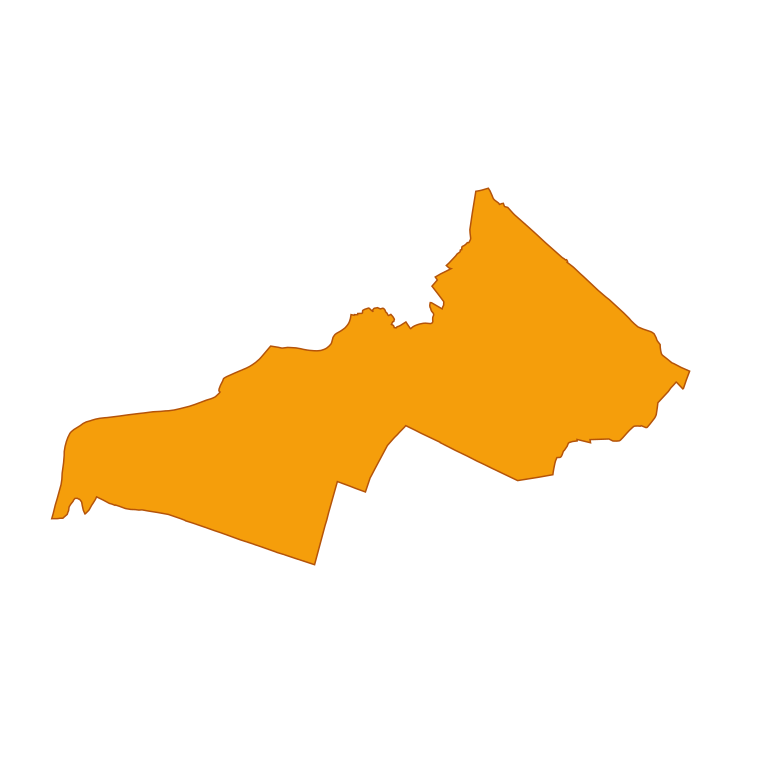 outline of Huyen Cao Lanh, Ðong Tháp, Vietnam, rotated 105°
{"feature_id": "81297802B29684412204466", "entity_name": "Huyen Cao Lanh", "entity_type": "district", "adm_level": 2, "iso_a3": "VNM", "parent_name": "Vietnam", "parent_adm1": "Ðong Tháp", "projection": "mercator", "projection_center": [105.693, 10.483], "detail": "fine", "context": "isolated", "style": "filled", "palette": "amber", "viewbox_px": 768, "rotation_deg": 105, "n_neighbors": 0, "source": "geoboundaries", "source_scale": "gbopen_adm2", "svg_char_len": 6082}
<svg xmlns="http://www.w3.org/2000/svg" viewBox="0 0 768 768"><g transform="rotate(105 384 384)"><path d="M565.8,558.6L566.7,545.5L567.2,540.9L567.5,540.4L567.8,533.1L568.7,520.0L569.5,510.0L569.9,503.3L571.7,482.6L572.4,469.0L572.7,465.9L572.7,465.0L574.2,445.3L574.4,444.0L574.6,437.7L575.4,424.7L576.5,404.3L535.8,404.3L530.2,404.1L522.5,404.2L490.3,403.8L491.5,390.5L492.2,384.3L493.1,374.0L478.3,373.1L475.9,372.5L468.7,370.9L442.5,364.8L434.4,360.8L432.5,359.8L429.5,358.0L426.9,356.7L420.3,353.0L418.6,352.2L420.5,342.3L422.0,335.3L425.8,314.6L426.1,314.5L429.6,298.1L432.1,284.8L434.4,274.2L435.4,268.5L437.6,257.3L442.7,229.9L433.9,210.2L427.9,197.4L425.8,197.7L421.5,198.1L416.4,198.4L413.6,198.4L410.3,197.9L409.4,195.1L409.1,194.7L408.5,194.2L407.6,193.9L406.0,193.6L403.2,193.4L402.2,193.2L401.9,193.1L401.6,192.7L396.8,191.0L393.5,190.6L392.5,189.8L390.7,186.9L389.0,182.7L387.6,183.2L387.3,169.3L384.4,170.6L378.9,152.5L379.0,151.9L379.8,148.2L379.5,146.7L378.9,144.4L378.1,142.3L377.8,141.8L377.0,141.1L374.0,139.4L371.6,138.2L368.6,136.7L365.2,134.9L361.2,132.4L360.1,131.5L359.8,130.9L359.4,129.8L358.8,127.7L358.5,126.0L358.3,125.3L358.2,125.1L357.7,124.9L357.7,124.6L358.3,119.8L358.2,119.4L357.8,118.6L357.0,118.2L353.8,116.7L350.0,115.1L346.9,113.8L345.3,113.4L343.2,113.1L336.1,113.9L331.2,114.6L317.6,107.4L313.5,105.9L309.4,103.7L306.5,102.3L307.0,101.2L311.4,94.1L311.1,93.8L310.7,93.6L301.6,93.0L292.5,92.1L291.1,101.2L289.3,109.3L289.0,111.5L286.3,117.4L284.4,121.9L284.0,122.7L283.6,123.2L283.1,123.7L282.4,124.2L280.1,125.4L277.2,126.6L274.4,127.5L271.9,130.8L270.9,131.8L268.9,133.1L266.7,135.1L265.6,136.1L264.8,138.1L264.4,139.8L263.9,147.7L263.2,153.0L263.1,153.5L261.1,157.7L259.0,161.5L257.2,164.1L253.4,170.7L244.3,188.1L242.5,192.3L238.1,201.5L228.5,219.3L226.7,222.9L222.7,230.2L221.9,231.8L219.0,238.7L218.3,238.4L218.1,238.4L216.9,239.5L216.7,239.9L216.7,240.1L217.2,240.8L216.4,242.4L215.8,244.5L205.8,264.5L199.2,277.0L194.0,287.2L186.9,301.5L185.6,303.7L181.7,309.7L181.4,310.2L181.4,310.5L181.4,313.2L181.2,313.6L180.8,314.0L178.6,315.5L179.4,317.2L180.7,318.9L180.7,319.0L180.1,319.4L179.6,320.1L177.7,324.8L177.4,325.3L176.6,326.4L175.6,327.2L174.1,328.3L170.0,331.6L167.9,333.9L171.4,339.7L172.6,341.9L174.1,345.2L176.7,344.9L196.5,342.9L212.7,341.0L215.7,340.0L220.8,338.0L221.3,337.9L222.0,337.9L222.8,338.0L225.0,338.5L225.4,338.7L225.7,339.1L225.7,339.7L225.8,339.9L226.2,340.3L228.0,341.2L228.6,341.7L229.6,342.5L230.8,343.9L231.1,344.1L231.6,344.2L232.4,344.1L234.1,343.7L234.7,344.8L235.0,345.0L236.0,344.7L236.4,344.7L237.4,345.3L239.4,347.0L241.7,347.9L249.3,352.0L250.6,352.7L253.4,354.5L254.8,351.8L255.1,351.1L255.2,349.0L262.9,357.7L267.4,362.2L269.7,359.4L277.1,363.0L284.1,353.8L288.8,347.8L289.6,347.4L291.4,347.1L292.2,346.8L292.9,346.9L294.2,347.2L296.4,347.3L293.2,359.1L293.4,360.4L294.9,360.3L296.3,360.1L297.3,359.7L298.1,359.3L298.3,359.0L299.2,358.4L300.8,357.4L301.5,356.7L302.9,354.7L303.6,354.2L304.1,354.0L304.9,353.9L306.3,354.1L307.4,354.1L309.4,353.6L310.9,353.0L311.4,353.0L312.2,353.2L312.9,353.6L313.6,354.6L313.7,355.1L314.5,359.7L315.2,361.8L316.9,365.2L318.3,367.4L320.0,369.6L321.4,371.0L323.3,372.3L323.6,372.5L323.5,372.9L323.1,373.5L320.1,377.0L318.4,378.9L323.2,383.3L324.5,384.8L325.1,385.8L325.4,386.2L325.7,386.4L326.4,386.6L326.7,386.9L326.8,388.4L326.9,388.7L326.4,389.0L326.0,389.2L325.3,389.8L324.9,390.5L324.7,391.2L324.6,392.2L324.2,392.1L323.0,392.0L321.6,391.6L321.5,391.3L320.9,390.7L319.9,390.8L318.9,390.7L318.0,391.4L317.6,391.9L316.7,392.8L315.0,395.4L316.6,397.1L316.7,397.5L316.1,398.3L314.8,399.4L314.5,399.9L314.3,400.5L313.7,401.2L312.7,401.9L312.1,402.4L311.6,403.1L311.3,403.7L311.1,404.2L311.2,405.0L312.2,406.6L312.4,407.0L312.2,408.1L312.2,408.9L311.9,409.7L311.9,410.0L312.3,410.7L313.2,412.7L313.4,413.0L313.7,413.3L315.5,414.1L316.0,413.9L316.7,413.5L316.8,413.6L316.7,413.9L316.2,415.1L314.7,417.8L314.6,418.4L314.9,419.0L316.8,421.9L318.2,423.4L318.6,423.6L319.0,423.6L320.6,423.2L321.2,423.4L321.5,423.7L322.7,427.6L323.8,427.4L324.5,429.6L324.6,430.6L325.4,430.7L325.5,433.8L329.4,433.4L332.3,433.5L333.7,433.7L335.3,434.1L336.9,434.7L339.6,436.0L341.0,437.0L342.7,438.4L344.3,439.8L347.3,442.9L348.8,444.1L350.0,444.6L352.1,445.3L357.2,445.3L358.3,445.4L359.1,445.6L361.5,446.8L363.5,448.2L364.4,448.9L365.4,450.0L366.2,451.0L367.9,453.6L368.5,455.1L369.3,457.3L370.0,460.3L370.8,464.7L371.1,467.0L371.4,470.6L371.5,473.6L371.8,477.1L371.9,478.3L372.8,482.8L373.6,486.5L374.0,487.5L375.6,491.4L375.8,492.5L375.9,495.6L376.7,503.3L389.6,509.4L392.3,510.8L396.8,513.9L399.2,515.9L401.9,518.4L404.3,521.1L411.8,530.7L415.3,535.0L417.4,537.6L418.8,539.1L420.2,540.3L420.5,540.4L422.8,540.6L427.5,541.6L431.3,542.0L432.3,541.9L433.3,541.7L433.7,541.2L434.1,540.7L434.2,540.3L435.5,540.8L439.7,543.4L440.4,544.0L442.0,545.9L443.1,547.4L445.5,551.3L452.6,561.2L455.9,566.2L460.6,574.6L463.5,580.1L465.7,585.4L466.6,588.3L468.2,592.5L470.6,599.9L474.2,608.6L475.7,612.5L480.1,623.4L483.5,631.4L488.2,643.0L488.8,644.8L490.8,649.9L492.6,653.5L494.4,656.5L495.3,657.8L497.7,661.8L500.0,664.4L503.0,666.8L508.2,671.7L510.7,673.5L511.9,674.2L513.3,674.7L515.9,675.2L517.3,675.5L521.7,675.9L526.8,675.9L531.9,675.4L535.9,674.4L543.1,673.1L553.4,671.8L559.4,670.5L564.7,669.9L579.3,670.0L585.9,670.2L595.0,670.0L600.1,670.1L599.9,669.4L598.7,665.0L598.2,663.7L597.6,662.4L596.8,659.6L596.5,659.2L595.7,658.8L592.0,656.3L591.4,656.2L590.0,656.2L588.9,656.0L587.8,655.9L587.0,656.0L585.1,656.3L584.1,656.3L582.9,656.0L581.3,655.5L577.8,654.0L577.3,653.9L576.2,653.7L574.5,652.9L574.4,652.6L573.8,650.7L573.9,650.1L574.2,649.2L574.1,648.7L574.2,648.3L574.5,647.7L576.0,645.8L576.5,645.4L579.7,643.9L583.7,641.8L586.7,639.4L586.9,639.2L586.5,638.8L582.5,636.5L581.7,636.2L576.8,635.0L574.5,634.2L570.2,632.9L567.4,632.4L568.8,625.1L569.4,622.6L570.4,618.4L570.4,615.9L570.8,612.4L570.4,612.1L570.6,608.0L571.2,601.6L571.1,600.2L570.7,596.1L569.7,591.8L569.2,588.1L568.2,585.2L567.7,579.0L566.7,569.5L565.8,558.6Z" fill="#f59e0b" stroke="#b45309" stroke-width="1.5"/></g></svg>